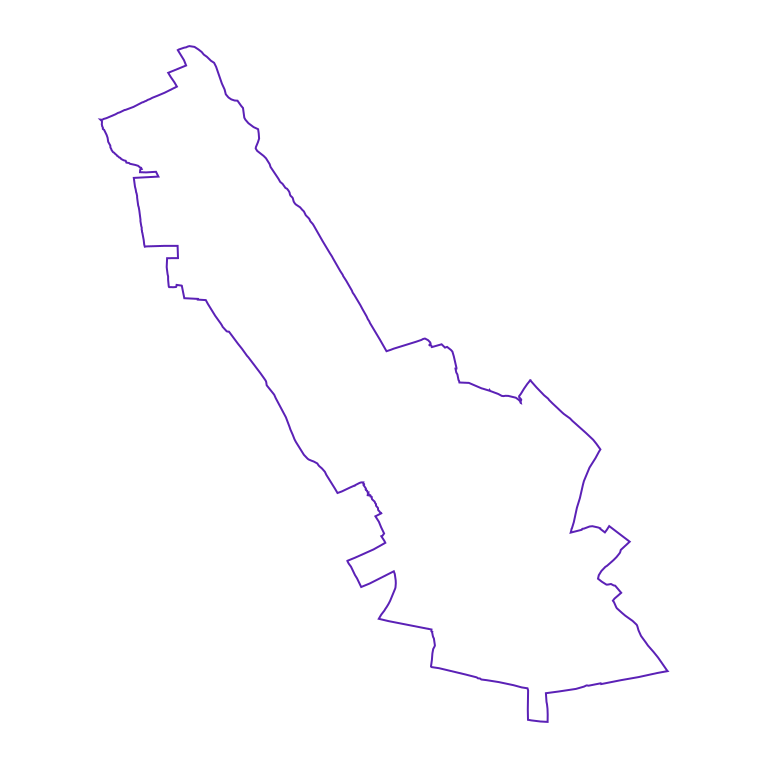 outline of Vutcani, Vaslui, Romania
{"feature_id": "2599482B53104310937331", "entity_name": "Vutcani", "entity_type": "district", "adm_level": 2, "iso_a3": "ROU", "parent_name": "Romania", "parent_adm1": "Vaslui", "projection": "equal_earth", "projection_center": [27.986, 46.445], "detail": "fine", "context": "isolated", "style": "outline", "palette": "violet", "viewbox_px": 768, "rotation_deg": 0, "n_neighbors": 0, "source": "geoboundaries", "source_scale": "gbopen_adm2", "svg_char_len": 6085}
<svg xmlns="http://www.w3.org/2000/svg" viewBox="0 0 768 768"><path d="M667.6,671.1L667.0,670.4L658.1,657.6L653.6,652.0L647.9,645.5L646.1,642.9L641.0,635.9L638.5,630.3L637.4,626.4L636.9,625.1L636.3,624.4L632.6,620.9L625.3,615.7L622.1,613.0L616.9,608.3L616.3,607.4L614.0,602.2L612.9,600.7L614.5,598.6L621.2,592.8L615.2,585.7L613.6,585.4L611.0,584.0L607.8,584.6L606.4,584.6L601.8,581.7L598.0,578.7L598.8,575.2L601.4,571.0L605.4,566.8L606.6,566.1L607.5,565.4L613.5,560.1L616.5,557.1L619.7,553.1L620.2,552.1L620.8,549.9L629.7,541.7L609.2,526.1L606.7,530.0L604.9,532.4L600.3,528.9L600.3,528.3L598.2,527.5L592.4,526.2L589.6,526.5L584.0,528.6L582.5,528.8L581.9,529.3L581.7,529.8L570.7,532.6L571.3,530.4L571.5,529.0L571.9,528.4L573.8,522.2L576.9,507.8L579.9,498.1L582.9,484.9L583.9,481.1L589.5,467.6L595.5,458.1L598.9,451.8L600.4,449.4L596.4,443.8L593.2,439.8L586.1,433.1L572.4,420.9L570.0,418.4L564.0,414.1L562.4,412.7L552.3,403.2L549.0,399.9L548.2,398.7L544.1,395.3L536.5,387.4L530.7,380.8L530.6,379.9L530.7,379.5L528.6,382.4L527.4,383.8L524.0,388.7L520.9,393.8L519.1,396.2L519.2,397.2L521.2,399.5L521.2,400.0L520.6,401.6L520.9,403.0L520.7,402.9L519.9,401.0L518.7,399.8L515.8,397.7L508.3,395.9L505.5,395.8L503.5,396.1L501.8,395.9L498.3,394.0L490.0,390.9L489.5,390.0L489.1,390.6L482.6,388.6L481.7,388.4L468.9,382.9L459.4,382.5L459.0,380.7L458.5,380.0L457.4,374.4L456.3,372.5L455.5,368.7L456.4,368.7L456.5,368.1L453.8,356.3L452.4,351.6L451.0,350.0L447.1,346.9L445.0,347.6L441.6,344.3L431.8,347.1L431.7,347.0L431.8,346.4L430.9,345.2L429.8,345.4L429.4,345.0L429.6,344.6L430.4,344.2L430.6,343.7L430.2,342.4L428.1,340.2L425.1,338.6L424.6,338.6L422.8,339.1L421.5,339.9L415.9,341.8L393.6,348.7L390.8,349.8L386.5,351.2L379.9,339.6L369.9,322.9L369.3,321.4L367.8,319.1L366.6,316.4L362.3,308.8L360.4,305.2L354.2,294.8L352.7,292.7L351.9,290.6L346.2,280.7L343.2,276.1L342.7,274.8L340.4,271.3L333.0,258.4L332.0,256.5L330.0,253.4L322.6,241.1L313.6,225.3L312.7,223.9L310.7,221.7L309.9,220.5L309.7,219.6L308.8,218.3L305.8,215.3L304.0,211.6L303.4,210.9L302.3,209.9L300.1,207.3L296.0,204.6L294.9,203.5L293.7,201.6L292.8,198.2L292.3,197.4L290.5,195.7L290.0,194.6L289.5,192.4L288.6,190.8L287.1,188.8L285.4,187.9L282.6,183.9L280.2,181.9L278.4,178.7L270.5,166.9L269.7,164.2L266.0,158.3L263.6,155.9L257.2,150.9L255.7,148.5L255.9,147.1L257.9,142.3L259.1,138.6L258.7,133.2L258.1,129.2L253.6,127.1L248.4,123.2L245.4,119.7L244.3,117.7L243.0,108.0L241.2,105.9L237.5,100.7L234.6,100.5L231.3,99.4L228.5,97.5L225.8,94.3L224.6,89.5L221.9,83.6L216.1,66.8L214.1,62.8L211.0,60.8L206.9,56.8L203.8,54.6L201.7,52.0L198.5,49.5L194.5,46.9L189.4,46.1L187.6,46.6L186.2,47.3L184.1,47.7L178.8,49.5L177.8,50.1L184.0,60.2L186.1,65.5L168.2,72.8L170.6,76.8L174.4,82.3L176.9,86.6L164.7,92.7L157.6,95.7L152.3,97.8L149.9,99.1L147.7,99.9L146.1,100.9L144.9,101.3L143.2,102.2L142.4,102.3L133.5,106.9L125.5,109.9L124.6,110.0L119.7,112.4L118.0,112.9L115.5,114.3L106.3,118.2L103.5,119.0L102.3,119.8L100.4,119.6L101.7,120.9L102.0,121.7L101.8,124.6L102.1,125.4L102.1,126.1L102.9,127.7L102.8,128.8L103.1,129.2L104.1,129.8L106.6,134.9L107.6,137.8L108.2,141.8L110.3,145.6L110.4,147.5L111.2,148.9L111.5,149.9L113.0,152.1L114.1,152.7L115.2,153.9L116.6,155.0L117.2,155.9L118.3,156.5L119.1,157.4L120.3,157.9L121.2,159.0L123.7,160.3L125.7,160.8L126.4,162.6L129.0,163.0L130.0,163.8L135.1,164.9L138.1,165.8L140.1,167.5L141.1,167.8L141.7,169.0L140.5,169.2L140.2,170.0L140.0,172.2L146.1,172.4L156.0,171.8L158.4,176.6L133.8,177.9L135.0,186.8L135.7,189.5L136.2,192.5L136.5,193.1L137.1,196.0L137.1,197.4L137.5,200.5L138.2,205.6L138.7,207.1L139.3,210.5L140.5,219.8L140.4,220.9L141.3,226.3L141.7,227.5L141.7,229.8L142.0,230.7L142.0,231.9L142.3,232.6L143.7,240.0L144.2,244.5L144.8,246.7L146.6,246.4L163.3,245.9L177.6,245.9L178.0,258.1L167.1,258.2L166.7,267.0L166.9,268.9L167.6,274.3L168.1,276.4L168.1,279.7L168.6,285.0L168.8,286.6L169.1,287.1L173.6,287.2L176.0,287.0L176.3,286.6L176.6,284.9L181.6,285.6L181.8,285.7L184.3,298.2L197.9,298.9L197.8,299.6L205.8,300.1L207.8,303.8L215.2,315.8L220.8,323.6L222.0,325.5L222.6,326.8L226.6,331.2L227.2,331.5L229.0,331.7L238.0,343.8L242.0,348.8L247.0,355.8L248.3,357.2L260.5,373.3L265.1,379.8L265.8,380.9L266.2,382.0L266.7,385.3L274.2,394.7L275.7,398.1L285.9,417.3L289.5,426.8L290.4,429.5L292.7,434.7L294.5,439.3L295.8,441.8L303.9,454.8L307.6,458.7L308.7,459.5L311.5,460.7L313.7,461.5L317.4,463.5L318.0,464.6L319.2,466.1L321.9,468.4L324.9,471.8L326.3,474.8L335.1,488.9L337.5,493.0L341.7,491.5L350.3,487.4L354.2,485.7L354.5,485.8L355.2,485.4L355.3,485.1L359.6,482.9L361.2,482.4L363.3,482.4L363.1,483.1L364.1,484.1L364.1,484.5L363.5,485.0L365.6,488.1L366.0,488.9L365.9,489.3L365.7,489.6L366.0,490.1L367.1,490.7L367.2,491.5L367.6,492.1L368.4,492.3L367.9,493.2L368.1,493.5L368.6,493.8L368.6,494.2L367.8,494.6L367.7,495.2L368.9,495.4L369.8,495.1L370.3,495.2L370.5,495.5L370.5,496.5L371.7,496.9L371.8,497.2L371.7,497.9L372.1,499.3L374.6,501.6L375.3,503.3L376.0,504.1L376.0,505.4L376.3,506.1L377.7,507.6L378.0,508.2L378.1,509.7L378.4,510.4L379.3,511.2L380.0,512.3L381.1,512.9L381.3,513.3L375.4,516.3L378.9,521.8L381.1,527.2L384.1,533.5L382.5,535.7L381.3,536.2L384.3,540.8L385.3,542.8L373.6,549.4L354.8,557.8L347.4,560.8L347.5,561.3L348.7,563.6L351.0,566.7L355.0,575.1L357.0,578.3L361.2,587.0L369.7,583.5L393.8,571.3L394.8,574.1L395.7,580.4L395.8,583.4L395.5,587.3L395.2,588.5L390.1,600.9L388.6,603.8L386.8,606.8L385.1,609.3L384.5,610.4L381.2,614.7L378.8,618.8L388.5,621.1L431.5,629.5L431.4,631.3L431.8,631.8L432.2,631.9L432.1,632.2L432.8,635.8L433.1,636.9L433.9,638.5L434.9,645.4L434.6,646.4L433.2,649.0L432.4,653.4L431.9,659.9L431.0,666.4L431.1,666.7L431.7,667.1L439.1,668.2L465.1,674.4L476.1,677.2L477.1,677.6L477.9,678.3L480.0,678.5L481.3,679.5L486.9,680.2L498.9,682.1L513.6,685.2L521.7,687.4L527.5,688.3L528.1,690.4L527.8,709.5L528.0,719.8L531.4,720.4L540.5,721.5L547.6,721.9L547.7,714.7L547.5,708.8L547.0,704.3L546.5,701.9L545.9,693.2L558.7,691.5L576.0,688.9L584.0,686.6L586.3,685.5L586.9,685.4L588.6,685.7L600.7,683.3L601.1,684.1L620.8,680.2L638.5,677.1L657.3,673.0L667.6,671.1Z" fill="none" stroke="#5b21b6" stroke-width="2"/></svg>